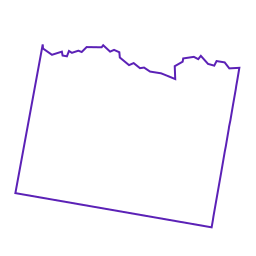 Cass, Texas, United States of America (orthographic projection), rotated 10°
{"feature_id": "52423323B4448800346359", "entity_name": "Cass", "entity_type": "district", "adm_level": 2, "iso_a3": "USA", "parent_name": "United States of America", "parent_adm1": "Texas", "projection": "orthographic", "projection_center": [-94.255, 33.095], "detail": "fine", "context": "isolated", "style": "outline", "palette": "violet", "viewbox_px": 256, "rotation_deg": 10, "n_neighbors": 0, "source": "geoboundaries", "source_scale": "gbopen_adm2", "svg_char_len": 814}
<svg xmlns="http://www.w3.org/2000/svg" viewBox="0 0 256 256"><g transform="rotate(10 128 128)"><path d="M28.4,211.7L225.2,211.3L227.6,211.3L227.6,206.7L227.6,204.3L227.5,200.0L227.5,189.2L227.5,182.3L227.5,157.6L227.4,134.2L227.5,129.1L227.4,113.1L227.4,111.4L227.3,109.4L227.5,102.9L227.4,87.5L227.4,86.4L227.4,81.5L227.4,71.2L227.3,68.0L227.3,63.8L227.3,59.8L227.2,49.4L217.4,51.7L211.8,46.6L203.6,46.7L202.1,51.6L195.7,51.0L187.2,44.3L185.2,48.0L180.5,46.5L170.3,49.9L170.3,53.2L163.3,59.0L166.0,71.6L151.1,68.4L139.9,68.6L133.3,65.7L129.4,67.0L122.3,63.1L118.1,65.9L107.7,60.0L106.3,54.9L100.7,53.5L97.1,55.9L89.2,50.8L88.0,53.1L73.2,55.5L69.2,61.2L65.7,60.5L59.7,63.7L56.5,62.4L55.4,68.0L51.0,68.0L49.6,64.3L40.4,69.1L30.5,64.5L29.5,60.5L28.4,211.7Z" fill="none" stroke="#5b21b6" stroke-width="2"/></g></svg>